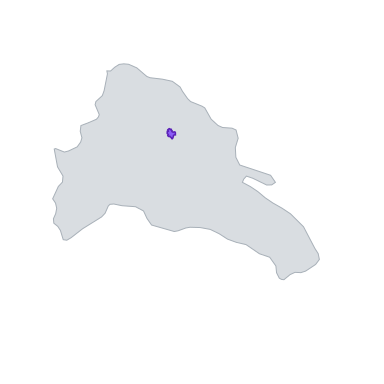 location of Sabana Iglesia, La Vega, Dominican Republic, rotated 23°
{"feature_id": "3306468B1703224271200", "entity_name": "Sabana Iglesia", "entity_type": "district", "adm_level": 2, "iso_a3": "DOM", "parent_name": "Dominican Republic", "parent_adm1": "La Vega", "projection": "albers", "projection_center": [-70.716, 19.324], "detail": "fine", "context": "in_parent", "style": "filled", "palette": "violet", "viewbox_px": 384, "rotation_deg": 23, "n_neighbors": 0, "source": "geoboundaries", "source_scale": "gbopen_adm2", "svg_char_len": 2934}
<svg xmlns="http://www.w3.org/2000/svg" viewBox="0 0 384 384"><g transform="rotate(23 192 192)"><path d="M66.4,252.7L66.8,239.1L68.9,233.5L67.0,227.7L58.4,221.4L53.1,213.4L48.4,206.3L49.5,205.3L58.9,205.1L62.3,202.5L68.7,195.3L70.0,189.5L69.5,185.1L65.4,179.8L63.8,174.2L68.9,169.4L75.6,162.4L76.5,159.7L76.4,157.0L68.7,149.5L68.2,146.3L71.8,138.3L71.5,133.0L68.0,116.3L66.3,113.8L69.8,112.4L72.1,107.4L75.1,103.0L79.1,100.7L83.7,99.2L92.7,99.3L105.2,103.3L108.7,103.2L120.7,99.7L130.6,97.8L140.0,100.0L143.8,103.0L151.5,107.8L155.4,109.3L167.6,109.1L170.9,109.6L181.2,117.5L189.9,120.6L194.9,120.7L203.9,117.6L208.3,117.7L213.5,124.5L214.5,134.1L218.8,142.9L225.4,148.5L257.8,145.9L265.0,150.5L262.6,154.3L258.0,156.4L242.6,155.6L235.9,156.1L234.6,159.9L234.6,163.4L243.6,164.2L252.4,165.9L261.5,168.7L270.6,170.5L281.0,171.7L291.2,173.6L308.2,180.4L327.1,195.9L332.2,199.4L335.6,204.3L334.1,210.4L327.5,220.4L323.7,223.7L318.2,225.7L314.5,229.8L310.9,236.8L308.6,237.5L306.0,237.2L301.4,233.3L298.1,227.3L289.0,221.7L278.2,222.5L262.3,219.3L252.7,221.0L243.1,221.5L233.3,219.8L223.4,219.3L213.5,221.5L204.0,225.2L200.4,227.5L194.3,233.2L191.1,235.3L167.7,238.2L161.0,234.0L154.8,228.4L145.8,227.6L132.8,232.0L124.7,233.6L121.3,235.4L120.4,237.6L120.3,245.5L118.5,250.3L105.7,268.5L98.5,281.4L95.6,285.3L92.1,286.2L85.9,278.8L81.9,276.1L77.0,274.7L74.9,270.8L75.0,265.2L73.8,259.8L70.7,255.5L66.4,252.7Z" fill="#d9dde1" stroke="#a8b0b8" stroke-width="1"/><path d="M154.4,145.9L154.1,145.3L154.1,145.0L153.8,144.5L153.3,143.5L152.8,143.5L152.2,143.5L151.8,143.8L151.7,144.1L151.2,144.3L150.6,144.4L149.9,144.2L149.9,143.8L149.8,143.4L149.2,143.1L148.6,143.1L148.4,142.4L148.0,142.4L147.6,142.8L147.3,142.8L146.6,142.5L146.2,142.6L146.1,142.8L145.9,143.2L145.9,143.3L145.8,143.5L145.7,143.7L145.6,143.8L145.4,144.0L145.4,144.3L145.5,144.4L145.6,144.5L145.8,144.6L146.0,144.7L146.1,144.8L146.3,145.0L146.5,145.3L146.4,145.4L146.4,145.5L146.2,145.6L145.8,145.6L145.7,145.6L145.5,145.8L145.6,146.0L145.8,146.1L146.0,146.3L146.0,146.6L145.9,146.7L145.9,146.8L145.9,147.0L146.1,147.4L146.2,147.6L146.3,147.7L146.3,147.8L146.5,147.9L146.7,148.0L146.8,148.1L147.1,148.1L147.4,148.2L147.5,148.2L147.7,148.3L147.7,148.5L147.6,148.8L147.6,149.0L147.6,149.4L147.6,149.5L147.8,149.7L147.9,149.8L148.0,149.8L148.4,149.8L148.5,149.8L148.8,150.0L149.0,150.0L149.2,149.9L149.4,149.8L149.5,149.6L149.6,149.4L149.8,149.4L150.0,149.4L150.2,149.6L150.3,149.7L150.4,149.8L150.5,149.8L150.9,149.8L151.0,149.9L151.3,150.0L151.7,150.1L151.8,150.1L151.9,150.3L152.0,150.4L152.1,150.5L152.3,150.7L152.5,150.8L152.8,150.8L152.9,150.7L153.0,150.7L153.1,150.4L153.0,150.2L153.2,149.7L153.3,149.6L153.2,149.3L153.2,149.2L153.2,148.5L153.2,148.3L153.1,148.2L153.0,147.9L152.9,147.7L152.9,147.4L153.0,147.2L153.0,146.9L153.3,146.6L153.4,146.4L153.5,146.3L153.6,146.2L154.1,146.0L154.4,145.9L154.4,145.9Z" fill="#8b5cf6" stroke="#5b21b6" stroke-width="1.5"/></g></svg>